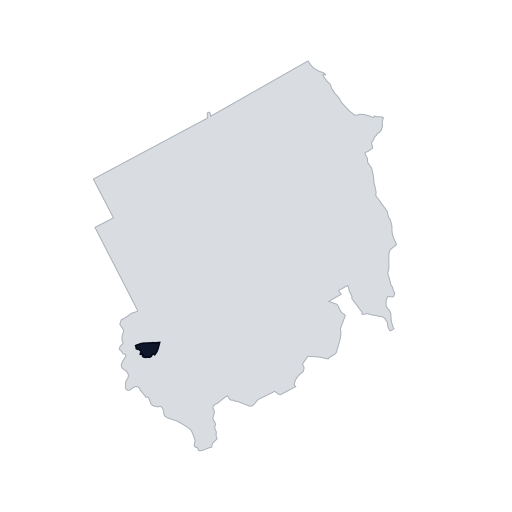 location of As Serief, North Darfur, Sudan, rotated 333°
{"feature_id": "16777658B191743768731", "entity_name": "As Serief", "entity_type": "district", "adm_level": 2, "iso_a3": "SDN", "parent_name": "Sudan", "parent_adm1": "North Darfur", "projection": "albers", "projection_center": [23.384, 13.974], "detail": "fine", "context": "in_parent", "style": "filled", "palette": "ink", "viewbox_px": 512, "rotation_deg": 333, "n_neighbors": 0, "source": "geoboundaries", "source_scale": "gbopen_adm2", "svg_char_len": 4974}
<svg xmlns="http://www.w3.org/2000/svg" viewBox="0 0 512 512"><g transform="rotate(333 256 256)"><path d="M345.9,383.5L341.8,383.7L341.3,382.8L341.3,380.1L341.6,378.1L343.0,374.9L342.5,373.2L342.6,370.7L341.4,367.9L331.4,360.2L329.4,358.1L324.1,356.3L324.9,353.9L322.1,337.4L323.1,335.5L323.2,332.5L323.1,330.0L324.2,325.7L324.2,323.9L314.0,324.2L313.9,326.0L314.5,328.0L314.5,328.8L300.2,329.5L306.2,335.8L306.5,338.6L306.3,342.2L306.5,344.5L306.9,345.9L308.5,348.8L308.4,349.3L308.1,350.0L298.2,359.1L296.7,363.2L295.4,365.3L292.6,369.0L283.6,378.6L282.0,379.2L274.9,379.8L274.2,380.0L273.7,380.5L273.4,380.4L267.1,375.1L256.7,368.9L250.0,372.5L248.2,373.8L248.3,376.9L247.3,378.6L245.5,380.4L240.5,381.6L237.9,382.6L234.9,384.4L231.9,387.5L231.7,389.0L232.1,390.4L214.7,390.7L213.6,389.6L211.0,384.8L209.2,385.1L193.4,384.8L191.2,385.4L186.7,387.4L184.4,387.8L182.1,386.9L173.7,377.4L171.8,376.2L169.9,373.9L168.2,373.0L167.6,372.2L167.4,371.2L167.4,369.1L166.8,367.8L165.5,367.5L154.4,369.8L152.8,369.6L150.5,370.0L149.7,370.4L148.7,371.7L148.6,374.3L148.3,375.6L147.5,377.1L144.3,380.4L143.6,381.8L143.8,385.4L143.6,387.3L143.1,388.1L141.7,389.5L141.2,390.3L140.7,394.9L139.0,397.7L138.6,398.7L138.5,400.7L138.2,401.3L133.1,402.9L131.3,404.0L130.1,405.5L129.8,406.2L127.7,405.7L124.9,405.3L119.6,404.8L117.5,404.0L116.5,402.9L116.8,400.2L116.3,399.6L115.4,399.1L114.9,397.8L115.0,396.4L117.8,393.2L118.3,391.4L119.1,383.3L118.8,380.9L116.6,376.3L111.6,368.5L110.4,366.9L104.1,360.5L103.3,359.5L101.8,356.8L103.5,350.8L103.6,349.1L103.2,347.4L101.6,346.1L100.2,346.0L98.3,344.4L97.1,343.6L96.0,342.2L95.3,340.3L95.9,333.2L95.5,332.3L93.9,332.0L93.5,331.5L93.6,330.2L92.7,326.1L91.8,322.8L92.3,321.0L91.0,318.5L88.4,317.4L83.4,318.2L81.9,318.0L80.8,317.5L80.1,316.6L79.7,315.5L80.1,313.9L81.5,310.9L83.3,308.5L86.9,306.2L87.8,305.0L88.4,303.7L88.5,302.2L88.3,300.6L87.9,299.1L86.8,297.2L85.9,294.9L85.9,293.4L86.3,292.3L87.3,290.9L90.8,288.4L94.5,286.2L95.1,285.4L94.9,284.5L93.2,282.7L92.7,279.3L91.8,276.9L93.6,275.1L95.0,274.4L97.1,273.9L98.0,273.1L98.2,271.7L98.2,270.3L98.9,269.3L100.0,267.0L100.8,266.0L103.6,263.5L104.2,261.8L104.3,260.2L103.6,255.3L105.2,253.3L107.2,251.6L110.2,251.7L114.7,251.3L117.8,250.6L120.0,250.6L125.1,251.5L125.6,251.2L125.8,249.9L125.5,157.4L146.1,157.3L146.3,157.1L146.0,113.6L274.4,111.1L275.4,110.9L277.3,106.8L278.2,106.4L279.5,106.6L280.0,107.6L279.0,110.9L391.0,105.8L391.5,110.7L392.6,114.6L396.1,120.1L399.0,123.0L400.0,124.7L400.2,125.4L400.1,126.2L399.2,125.4L397.8,124.9L397.8,127.6L398.8,133.0L400.1,136.7L399.5,140.3L400.0,146.3L401.8,153.4L401.8,158.0L404.8,168.6L407.4,174.4L408.8,175.8L410.2,176.5L413.0,176.8L417.2,179.6L420.5,182.6L421.8,184.2L423.4,185.9L424.5,185.5L425.1,185.0L426.2,186.4L431.5,189.3L432.3,190.7L430.6,192.3L428.6,195.0L427.8,197.4L427.3,198.1L425.7,199.7L425.4,200.4L424.7,200.9L423.9,201.0L422.3,201.9L420.7,201.8L419.2,202.3L418.6,202.9L417.4,203.4L415.7,203.8L413.2,205.9L411.0,207.1L410.2,207.9L409.3,211.9L408.4,213.0L405.0,213.3L403.4,213.7L401.1,213.4L400.0,213.5L399.7,214.4L399.5,217.8L399.7,219.2L398.0,223.2L398.9,230.4L397.4,235.9L397.2,237.1L395.6,241.5L394.7,243.2L392.7,251.3L391.9,253.8L390.1,256.5L393.2,275.6L391.8,281.6L392.1,284.8L391.1,289.6L390.3,291.9L388.9,294.6L387.7,297.6L386.8,301.6L386.5,309.0L386.1,309.7L380.0,311.0L378.1,311.6L376.9,312.5L375.4,314.5L372.5,319.8L371.0,323.1L368.6,327.6L365.8,330.8L365.2,332.3L364.9,335.2L364.0,339.6L363.1,342.8L363.4,345.3L362.7,349.8L362.9,351.9L361.9,353.1L360.5,354.3L359.6,354.7L355.1,351.9L352.2,354.1L350.4,357.0L349.1,360.0L350.2,366.0L350.2,367.3L349.8,368.8L347.2,374.9L346.5,377.6L345.8,382.4L345.9,383.5Z" fill="#d9dde1" stroke="#a8b0b8" stroke-width="1"/><path d="M125.3,286.5L124.4,286.3L120.6,284.6L117.9,283.4L117.3,283.1L115.9,282.4L113.8,281.9L112.0,281.5L111.0,281.5L108.9,281.1L108.0,281.2L108.0,281.4L108.0,281.7L107.9,282.0L107.8,282.3L107.8,282.5L107.6,283.3L107.5,283.5L107.4,283.8L107.4,284.0L107.2,284.2L107.3,284.4L107.6,284.6L107.8,284.9L107.8,285.0L108.0,285.2L108.3,285.5L108.6,285.5L108.9,285.5L109.7,285.4L109.7,285.6L109.7,285.8L109.6,286.0L109.4,286.6L109.5,286.9L109.6,287.1L109.8,287.5L110.0,288.1L110.2,288.8L110.1,289.2L110.1,289.3L109.9,289.5L109.3,289.9L109.0,290.0L108.5,290.6L108.3,291.0L108.2,291.1L108.3,291.2L108.8,291.4L109.7,291.8L109.8,291.8L110.4,292.3L110.5,292.6L110.2,292.9L109.7,293.4L109.4,293.9L109.5,294.3L110.0,295.0L110.5,295.4L111.1,295.8L111.4,296.2L111.7,296.4L112.3,296.4L112.7,296.1L112.9,296.2L113.1,296.6L113.3,296.8L114.1,297.4L114.8,297.8L115.7,298.0L117.3,297.8L117.7,297.5L118.2,297.0L118.6,296.8L118.9,296.8L119.2,296.6L119.5,296.5L120.1,296.8L120.2,297.1L120.3,297.3L120.6,297.6L120.9,298.1L121.6,297.7L122.3,297.3L122.5,297.2L122.9,297.0L124.0,296.4L124.9,295.7L125.1,295.5L125.1,295.4L125.9,294.8L126.5,294.3L128.0,292.6L129.6,290.8L131.0,289.3L130.4,289.0L127.7,287.9L125.5,287.1L125.3,286.5Z" fill="#0f172a" stroke="#020617" stroke-width="1.5"/></g></svg>